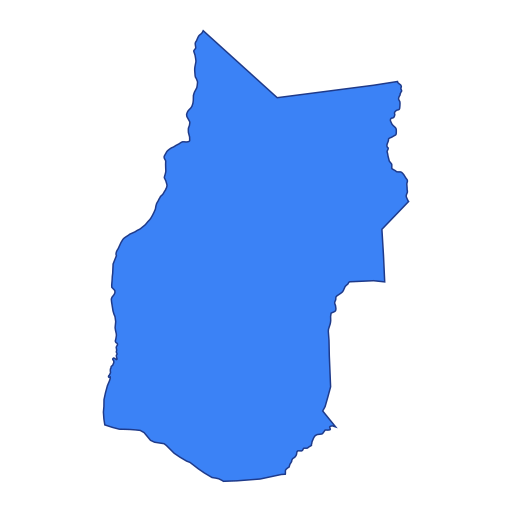 Curaren, Francisco Morazán, Honduras
{"feature_id": "27666195B74261140264311", "entity_name": "Curaren", "entity_type": "district", "adm_level": 2, "iso_a3": "HND", "parent_name": "Honduras", "parent_adm1": "Francisco Morazán", "projection": "mercator", "projection_center": [-87.56, 13.833], "detail": "fine", "context": "isolated", "style": "filled", "palette": "blue", "viewbox_px": 512, "rotation_deg": 0, "n_neighbors": 0, "source": "geoboundaries", "source_scale": "gbopen_adm2", "svg_char_len": 6036}
<svg xmlns="http://www.w3.org/2000/svg" viewBox="0 0 512 512"><path d="M384.7,281.9L383.5,255.7L381.9,229.3L408.6,201.5L408.0,200.7L406.8,198.1L406.3,196.8L406.2,196.3L406.2,195.6L406.4,194.9L406.7,193.9L407.2,192.8L407.4,192.1L407.4,191.0L407.1,189.4L407.1,188.0L406.8,184.2L406.9,183.2L407.4,181.5L407.4,180.7L407.3,180.1L406.9,179.4L405.7,177.8L403.8,174.7L402.8,173.5L401.9,172.6L401.1,172.1L400.4,171.9L398.2,171.9L397.0,171.8L396.6,171.7L396.3,171.5L395.5,170.8L392.4,169.0L391.9,168.6L391.8,168.2L391.8,165.0L391.7,164.2L391.5,163.9L389.3,161.1L388.0,156.0L387.6,153.6L387.1,151.7L387.2,151.1L388.1,149.0L388.2,148.2L388.0,147.7L387.4,147.3L387.1,146.6L386.9,145.9L386.9,145.1L387.3,143.6L388.2,141.3L388.5,140.0L388.5,139.2L388.6,138.8L388.8,138.6L389.5,138.1L391.7,137.2L393.0,136.4L395.5,135.0L395.9,134.6L396.2,133.7L396.3,132.2L396.3,130.3L396.2,129.2L395.9,128.4L395.4,127.6L393.0,125.4L392.0,124.2L391.5,123.2L390.5,121.0L390.4,120.5L390.4,119.9L390.6,119.0L391.1,118.4L391.6,118.1L392.6,118.0L393.3,117.7L393.7,117.4L394.0,117.1L394.4,116.2L394.7,115.2L394.8,114.5L394.5,113.6L394.5,113.0L394.7,112.2L395.1,111.6L395.7,111.0L396.3,110.5L397.4,110.0L398.4,109.8L398.9,109.6L399.3,109.2L399.6,108.5L399.7,107.9L399.9,105.9L400.0,103.3L399.9,102.2L399.8,101.6L398.6,99.3L398.6,98.5L398.7,97.8L399.0,97.0L399.4,96.1L400.1,94.9L400.1,93.9L401.2,91.7L401.6,91.2L401.6,90.4L401.0,89.1L400.9,88.6L401.0,87.7L401.3,86.9L401.3,86.4L401.1,85.8L400.7,85.0L398.3,83.1L397.7,82.4L397.5,81.5L373.9,85.2L277.2,97.7L203.2,30.7L202.4,32.3L201.9,33.0L200.9,34.0L199.6,35.0L198.7,36.0L198.0,37.3L196.2,41.4L195.7,41.9L195.5,42.4L195.3,43.0L195.2,43.7L195.4,45.4L195.7,47.2L195.7,48.1L195.4,48.6L193.9,50.5L193.8,51.0L193.8,51.4L195.1,55.4L195.6,58.4L195.9,60.6L195.9,61.8L194.9,67.0L194.7,68.8L194.7,70.5L195.1,75.6L195.4,77.1L196.3,78.6L197.3,81.1L197.5,81.9L197.5,82.7L197.2,85.5L196.8,87.7L196.1,89.0L194.5,92.0L193.9,93.7L193.4,95.5L193.3,100.4L193.1,102.1L192.9,103.3L192.5,104.6L191.9,106.3L191.1,107.6L190.4,108.4L189.0,109.8L187.8,111.3L187.0,113.1L186.6,114.5L186.7,115.4L186.9,116.6L189.6,121.5L189.8,122.3L189.8,123.0L189.6,124.1L189.5,125.2L188.4,128.2L188.3,129.9L188.4,132.4L189.6,137.0L189.7,140.3L189.6,140.8L189.4,141.1L189.1,141.4L187.8,141.8L186.2,142.0L184.2,141.8L182.8,141.8L182.2,141.9L181.6,142.2L180.7,142.7L179.1,143.8L176.0,145.4L173.5,147.0L171.8,147.7L170.7,148.3L169.7,149.0L168.4,150.0L167.4,150.9L166.8,151.6L164.5,155.7L164.2,156.4L164.1,157.1L164.2,157.7L164.3,158.2L164.8,159.2L165.4,160.2L165.7,161.1L165.6,164.4L165.7,168.2L165.8,170.3L165.8,171.6L165.5,173.0L165.1,174.6L164.5,176.5L164.3,177.7L165.8,180.8L166.8,184.2L167.0,185.3L166.9,186.2L166.6,187.4L166.2,188.4L165.7,189.2L165.5,190.0L164.6,191.2L163.5,193.2L163.0,194.0L161.9,195.2L160.5,196.4L160.0,197.5L159.0,199.1L158.1,201.0L157.0,202.8L156.6,203.6L155.9,206.0L155.4,209.0L155.0,210.0L154.0,212.3L152.4,215.5L150.7,218.4L149.8,219.6L147.9,221.6L146.0,223.9L145.0,225.0L143.4,226.3L140.3,228.8L139.5,229.3L137.4,230.3L134.9,231.9L129.7,234.2L128.5,235.2L126.1,236.7L124.4,237.9L123.5,238.7L122.7,239.7L121.0,242.5L118.2,248.6L117.1,250.4L116.6,251.4L116.2,252.7L116.0,254.0L116.1,254.7L116.4,255.7L113.1,264.0L112.7,273.2L112.3,276.3L112.1,280.2L111.7,285.2L111.8,287.3L113.3,288.9L114.2,289.8L114.9,290.9L114.9,292.7L114.2,294.4L112.0,297.2L111.3,299.1L111.6,302.1L113.0,310.9L113.9,314.0L115.0,316.6L115.7,321.6L115.1,327.7L115.5,330.3L116.3,333.8L116.4,335.6L115.9,338.6L115.3,341.0L115.5,341.7L115.9,342.5L117.2,343.4L117.4,343.8L117.5,344.2L117.5,344.7L117.3,345.2L116.8,346.0L116.4,346.7L116.2,347.3L116.7,350.2L116.3,351.9L116.4,352.3L116.9,353.3L117.1,353.9L117.0,354.4L116.5,355.0L116.3,355.6L116.6,357.4L116.9,358.3L117.0,359.0L116.9,359.3L116.8,359.5L116.6,359.6L116.3,359.6L114.8,358.5L114.1,358.1L113.7,358.0L113.1,358.4L112.7,359.0L112.7,359.3L112.9,359.7L113.2,360.2L113.6,360.6L113.7,360.9L113.8,361.9L113.8,362.7L113.2,364.0L112.9,364.8L112.7,365.2L111.3,366.4L111.1,366.9L111.0,367.6L110.9,368.2L110.7,368.6L110.4,369.0L110.3,371.1L110.5,371.9L110.5,372.8L109.7,374.5L109.3,375.2L108.7,375.8L108.5,376.5L108.5,376.8L108.7,377.1L109.1,377.4L109.7,377.4L110.2,377.1L110.3,378.3L109.4,381.0L107.4,385.7L105.5,392.7L104.0,399.6L103.9,406.6L103.4,412.1L103.9,419.0L104.8,424.9L112.5,427.4L119.4,429.2L125.1,429.3L130.3,429.5L135.6,429.9L140.2,430.4L144.1,432.6L150.5,440.3L154.5,442.2L164.1,443.7L166.4,445.5L174.1,453.2L180.0,457.2L186.6,461.1L190.0,462.4L198.3,468.8L204.1,472.8L212.0,477.5L215.8,478.1L218.8,478.8L222.0,480.4L223.4,481.3L237.1,480.8L260.2,479.0L281.2,474.5L285.3,474.2L285.4,473.4L285.4,470.7L285.6,470.0L286.2,469.2L287.1,468.4L288.0,467.7L288.9,467.2L289.1,467.0L289.9,464.3L291.6,461.6L291.8,460.3L292.3,459.2L292.6,458.8L293.0,458.4L294.7,457.3L295.6,456.2L296.1,455.4L296.5,454.4L296.9,452.0L297.2,451.5L297.5,451.1L297.8,450.9L298.3,450.8L300.8,450.9L301.5,450.9L301.9,450.7L302.3,450.5L302.6,450.2L303.3,448.8L303.7,448.3L304.4,448.2L306.9,448.2L307.3,448.1L307.8,447.8L309.1,446.8L311.2,445.6L311.5,445.2L311.4,444.5L311.8,443.2L312.0,441.8L313.6,438.0L314.2,437.0L314.7,436.3L315.2,435.7L316.0,435.2L316.9,434.7L317.6,434.5L320.9,434.1L321.7,434.0L322.4,433.7L322.7,433.4L324.4,431.1L324.9,430.3L325.1,430.1L326.1,430.0L327.6,430.1L328.7,430.0L329.4,429.9L330.0,429.7L330.3,429.2L329.7,427.3L329.7,426.9L329.9,426.6L330.5,426.3L331.4,426.0L332.6,425.9L334.0,426.4L334.7,426.6L335.6,426.9L322.7,411.0L325.1,406.6L327.9,396.8L330.6,386.8L329.3,355.6L329.0,340.5L328.3,331.2L328.5,329.2L330.2,323.9L330.5,322.3L330.7,320.6L330.6,316.5L330.9,314.4L331.0,313.6L331.2,313.1L331.8,312.8L333.9,311.9L335.0,311.3L335.5,310.7L335.8,309.9L335.9,308.4L335.5,305.5L334.9,304.0L334.7,303.2L334.7,302.6L334.8,301.8L335.3,300.8L335.7,299.7L335.8,299.2L335.8,297.8L335.9,297.2L336.1,296.8L336.5,296.3L337.0,295.8L341.0,293.1L342.1,292.2L342.6,291.7L343.3,290.6L345.1,286.6L346.2,285.4L347.7,284.2L348.0,283.8L348.6,282.6L349.5,281.8L373.6,280.7L384.7,281.9Z" fill="#3b82f6" stroke="#1e3a8a" stroke-width="1.5"/></svg>